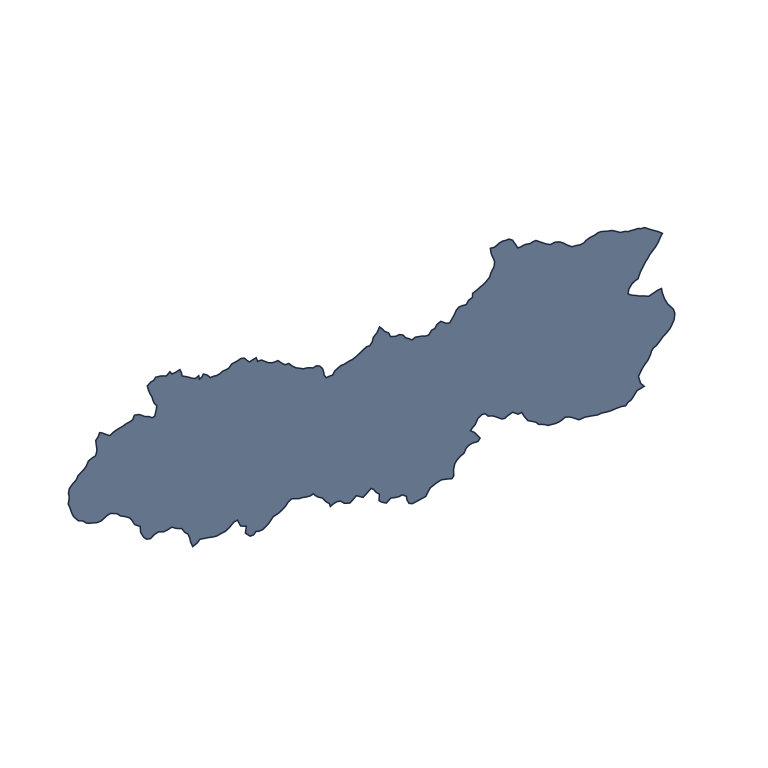 Agudos, São Paulo, Brazil (Equal Earth projection), rotated 27°
{"feature_id": "56859067B30413823559578", "entity_name": "Agudos", "entity_type": "district", "adm_level": 2, "iso_a3": "BRA", "parent_name": "Brazil", "parent_adm1": "São Paulo", "projection": "equal_earth", "projection_center": [-49.116, -22.562], "detail": "fine", "context": "isolated", "style": "filled", "palette": "slate", "viewbox_px": 768, "rotation_deg": 27, "n_neighbors": 0, "source": "geoboundaries", "source_scale": "gbopen_adm2", "svg_char_len": 5306}
<svg xmlns="http://www.w3.org/2000/svg" viewBox="0 0 768 768"><g transform="rotate(27 384 384)"><path d="M325.9,573.3L328.2,579.8L333.8,580.4L336.3,577.7L336.9,573.5L339.4,572.0L342.1,568.7L343.6,564.1L344.7,560.1L345.5,552.6L348.5,547.5L350.3,542.7L351.8,537.6L352.2,532.8L353.9,528.1L360.2,524.8L362.9,522.2L366.0,520.0L369.2,517.1L370.9,513.9L373.4,514.6L377.0,514.6L380.9,513.6L385.6,515.2L389.7,515.4L391.8,517.5L393.3,513.8L395.3,510.4L398.3,508.1L402.9,508.3L407.6,505.6L408.6,502.3L410.1,496.0L416.8,494.6L418.4,488.8L419.9,482.9L422.7,482.7L426.1,484.1L429.9,484.2L432.5,490.2L435.7,490.3L440.1,489.1L441.9,482.5L445.0,480.5L448.4,477.7L450.6,474.5L454.9,473.9L457.3,477.0L460.5,479.0L463.7,477.7L472.3,465.2L472.2,459.6L472.4,455.4L475.6,448.5L478.5,443.5L481.2,441.5L485.0,439.0L487.4,437.7L487.9,434.2L486.0,430.9L484.6,428.0L483.3,423.0L483.5,418.7L485.0,413.2L486.7,409.5L486.4,403.6L487.5,400.0L489.4,396.8L493.8,392.6L494.2,388.6L490.6,387.4L486.7,386.1L482.3,386.4L482.7,382.7L483.7,378.9L483.3,372.0L485.3,366.5L487.9,364.5L491.3,365.4L494.8,363.3L497.7,362.6L504.9,361.7L507.3,359.7L508.4,356.5L511.4,350.8L514.2,350.4L517.2,350.0L519.7,346.8L523.8,349.3L528.9,351.3L532.4,350.2L536.8,349.1L540.2,349.8L542.5,348.5L546.5,346.9L549.0,346.5L551.6,344.1L554.8,341.3L557.0,338.6L558.7,335.7L560.5,331.4L563.9,329.3L567.2,328.4L570.5,327.9L574.0,327.4L576.2,324.7L578.1,322.3L580.5,320.5L582.7,318.7L588.3,314.7L590.9,311.3L593.1,309.5L596.3,306.8L598.4,304.7L601.9,300.5L605.7,296.3L609.2,293.8L609.6,289.9L611.4,286.1L611.9,282.6L612.4,275.1L614.7,271.4L616.9,267.9L612.3,266.9L607.3,261.7L607.1,254.9L607.2,251.2L607.7,247.1L608.4,242.4L608.1,236.7L607.4,233.3L607.7,229.5L609.2,226.2L610.3,220.7L611.1,215.0L612.4,210.8L613.6,205.0L613.7,201.6L613.3,194.9L611.1,189.0L607.8,185.9L600.4,183.9L595.1,180.6L593.0,178.6L590.4,176.2L587.9,172.9L585.3,176.1L580.0,185.7L575.0,187.8L571.6,189.7L568.6,190.6L564.2,192.5L560.5,192.8L559.1,188.4L559.4,182.6L560.8,178.1L562.6,174.9L562.1,171.6L561.6,167.7L561.6,161.7L561.5,156.8L562.0,152.2L562.0,148.2L562.7,144.3L563.7,138.6L564.0,133.0L563.6,126.9L563.7,123.4L559.2,123.7L555.8,124.4L553.2,125.0L549.3,125.7L545.1,126.3L542.5,128.9L539.8,130.0L537.4,132.5L534.6,135.0L532.4,137.3L529.3,138.7L525.8,141.7L520.7,142.8L517.2,143.8L513.7,146.4L510.5,148.2L508.2,149.7L506.0,152.0L504.0,156.0L501.1,159.9L498.8,164.4L498.0,167.7L495.6,170.9L492.1,173.6L489.2,176.4L485.9,176.8L483.4,177.1L480.2,176.9L476.1,177.6L472.0,179.9L468.9,184.3L464.8,185.6L459.6,186.4L454.2,187.1L452.1,189.6L450.3,192.8L447.3,194.8L445.4,196.9L443.4,200.1L441.3,202.0L438.0,200.0L433.2,197.5L429.4,198.2L427.2,200.8L424.7,202.9L422.7,206.1L421.6,209.2L420.1,212.3L417.1,214.8L420.1,218.9L422.3,220.9L425.0,222.9L427.2,225.1L428.8,229.7L428.8,236.6L429.6,240.8L428.5,246.4L427.3,250.5L425.8,253.7L424.3,257.7L421.8,263.1L423.5,266.7L421.4,270.9L421.2,276.0L418.0,278.8L415.8,281.5L414.9,285.3L415.2,290.7L414.8,299.8L411.6,301.8L408.9,302.0L406.1,302.4L404.1,307.1L404.1,311.5L402.0,314.4L401.5,320.3L398.9,322.7L396.5,323.8L394.1,325.5L390.7,328.0L388.9,332.2L385.9,332.2L382.2,333.0L378.7,331.7L375.3,332.9L372.8,336.2L368.3,338.8L365.0,336.4L360.5,336.8L357.5,335.7L354.1,335.2L354.5,341.4L353.3,347.2L354.4,352.0L353.9,356.4L351.5,358.8L350.3,362.0L348.8,366.5L346.5,372.7L344.7,376.5L342.9,378.9L341.2,381.7L339.4,384.8L337.3,386.9L335.8,390.5L334.2,394.6L334.2,399.4L332.0,401.6L329.8,404.5L326.8,403.4L324.8,400.7L322.2,398.1L318.5,397.2L315.4,398.5L313.7,401.8L310.6,403.1L307.9,404.7L305.4,407.0L301.9,408.2L298.3,409.5L294.3,409.7L289.8,408.9L287.1,411.8L282.9,411.8L278.9,411.2L277.0,413.5L274.9,415.7L271.3,417.5L266.9,418.0L264.0,418.2L261.0,421.2L258.2,418.6L255.9,422.2L254.1,425.4L251.2,425.2L247.9,424.3L244.9,426.2L242.9,430.0L239.3,435.1L238.5,440.3L236.8,443.0L234.5,445.7L233.3,449.0L231.3,452.1L228.4,454.7L226.4,457.1L222.3,456.3L218.5,457.1L218.6,460.6L217.3,463.5L215.2,460.7L213.4,464.8L210.2,466.0L207.3,466.5L204.1,467.3L200.6,468.5L198.2,465.7L195.6,463.8L193.2,467.9L190.5,471.4L187.7,470.2L186.4,475.6L181.3,478.3L177.5,481.6L177.1,485.4L175.3,488.2L174.0,493.3L177.1,496.6L179.8,498.8L183.2,501.0L185.7,503.6L188.2,505.6L191.3,506.5L192.7,510.0L194.3,516.9L192.7,519.4L189.7,519.6L185.5,521.6L182.2,521.9L179.5,522.4L175.8,525.1L176.3,530.1L174.6,533.2L172.3,536.5L170.4,540.3L168.1,543.8L166.3,546.7L164.7,550.0L163.3,554.3L160.4,555.0L155.5,555.5L152.7,556.4L153.3,560.9L152.8,565.2L155.2,568.8L157.9,572.7L159.0,575.7L159.6,579.0L158.0,581.5L155.6,586.7L156.0,591.8L155.6,595.6L154.4,599.9L153.0,604.6L153.3,609.3L151.9,614.4L151.1,620.1L152.5,624.7L154.6,627.1L156.2,631.1L157.1,634.3L160.0,636.6L164.5,640.8L167.1,642.8L170.0,643.7L173.8,644.6L177.5,642.8L182.1,643.0L184.8,641.9L187.7,639.8L191.0,638.1L194.2,634.4L197.1,626.7L199.2,623.4L205.1,620.7L209.1,621.2L213.7,619.6L218.2,618.8L220.8,619.6L225.6,622.4L231.5,621.7L234.5,626.7L239.3,629.6L242.8,630.1L246.1,627.9L247.8,622.3L250.2,618.2L254.8,615.7L257.3,612.4L260.0,607.8L264.2,607.1L266.7,606.0L269.5,604.6L273.8,606.6L277.6,606.8L280.7,609.3L283.4,612.6L287.4,615.7L289.6,610.8L290.5,606.0L297.1,600.7L300.5,598.4L303.8,595.6L307.1,590.7L309.4,587.6L311.4,582.1L312.9,575.3L315.2,571.8L320.7,575.6L325.9,573.3Z" fill="#64748b" stroke="#1e293b" stroke-width="1.5"/></g></svg>